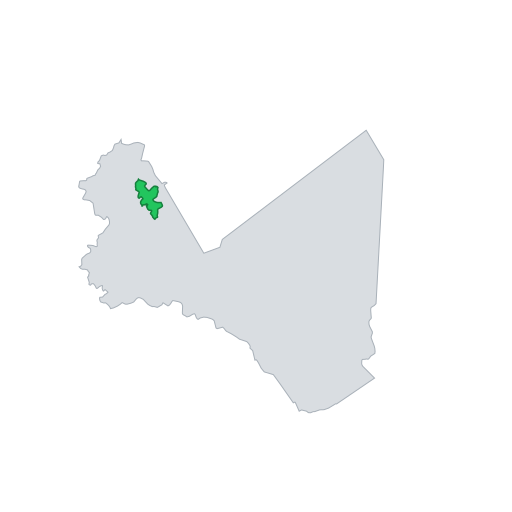 location of Diema, Kayes, Mali, rotated 60°
{"feature_id": "8926073B21360544825560", "entity_name": "Diema", "entity_type": "district", "adm_level": 2, "iso_a3": "MLI", "parent_name": "Mali", "parent_adm1": "Kayes", "projection": "orthographic", "projection_center": [-9.076, 14.667], "detail": "fine", "context": "in_parent", "style": "filled", "palette": "green", "viewbox_px": 512, "rotation_deg": 60, "n_neighbors": 0, "source": "geoboundaries", "source_scale": "gbopen_adm2", "svg_char_len": 5665}
<svg xmlns="http://www.w3.org/2000/svg" viewBox="0 0 512 512"><g transform="rotate(60 256 256)"><path d="M105.5,366.4L105.7,364.8L104.3,363.7L104.3,363.1L105.1,358.5L105.0,357.2L105.6,354.9L104.7,353.8L104.5,353.0L102.4,350.0L101.7,347.4L100.6,345.7L98.0,345.1L97.1,346.5L96.5,346.8L95.5,345.7L95.2,344.8L95.2,344.0L91.9,339.9L92.2,337.8L93.4,336.6L93.9,334.8L92.7,332.6L93.0,330.5L92.8,327.6L90.9,325.1L89.6,323.9L88.6,322.2L89.5,318.1L87.6,314.6L91.2,316.1L92.9,314.8L94.6,313.1L96.1,310.8L96.7,307.9L97.0,305.4L98.5,301.6L100.3,299.7L103.9,297.1L104.9,297.4L110.7,303.1L114.0,306.1L115.2,307.6L116.3,307.6L118.0,304.8L119.7,302.4L120.5,301.8L126.4,301.6L129.5,302.0L132.2,302.7L136.1,303.0L146.3,301.2L146.4,300.0L146.3,298.7L146.7,297.7L147.6,296.7L148.3,296.5L148.6,299.8L149.5,300.2L151.9,300.4L227.5,299.8L230.4,282.9L224.8,276.9L202.2,97.7L236.5,97.2L242.6,101.1L357.3,175.9L358.0,178.4L358.1,181.9L359.0,183.0L360.7,184.0L367.2,187.1L367.8,187.7L368.1,189.1L369.0,190.8L370.4,191.7L372.0,192.4L373.9,192.8L379.7,193.1L381.0,193.8L383.6,196.8L385.0,197.3L392.9,198.6L395.4,199.3L398.2,200.6L399.8,201.8L400.1,206.7L401.4,209.8L401.4,210.6L400.3,212.0L400.1,212.9L398.8,215.5L399.2,216.5L402.0,218.3L403.4,218.7L404.9,218.7L421.0,214.4L424.4,260.2L423.8,261.0L424.0,269.2L423.1,274.0L421.1,277.7L420.1,283.1L419.4,284.2L419.0,287.2L417.8,289.0L415.7,289.8L412.1,293.5L412.0,296.2L402.9,295.2L402.3,295.2L401.9,295.6L401.8,297.1L378.7,299.1L367.4,300.3L360.5,306.8L355.9,307.6L350.0,307.3L347.0,307.4L345.8,307.8L345.7,309.0L336.3,306.2L332.8,307.3L332.3,307.0L331.8,306.4L330.1,306.0L327.4,306.3L325.5,306.8L319.8,311.9L316.6,313.3L310.8,316.4L306.7,319.1L305.3,319.6L303.0,319.8L301.0,320.4L299.5,326.0L298.3,326.6L291.2,324.6L289.8,325.0L288.5,325.7L284.7,329.1L282.8,331.8L281.8,335.3L282.0,337.6L281.3,338.3L279.5,338.5L276.2,337.9L275.2,338.2L274.8,340.0L274.9,343.8L274.2,346.3L272.3,347.2L270.8,348.2L269.6,348.6L268.6,348.3L262.7,344.6L260.8,344.1L258.6,344.5L256.6,346.2L253.0,350.3L253.4,351.7L254.4,353.4L255.2,355.4L255.2,357.2L250.0,359.9L251.2,361.9L251.2,367.1L248.8,369.5L248.0,371.1L245.6,372.8L243.6,373.8L237.2,375.3L234.6,377.0L233.4,378.3L233.1,379.8L233.4,381.4L234.7,384.9L234.3,388.0L233.3,391.7L232.3,393.3L229.4,395.2L229.9,397.6L230.1,401.0L229.7,405.4L228.8,408.4L228.1,408.1L225.2,408.3L222.1,409.3L221.0,410.1L220.8,411.1L218.1,413.5L216.4,413.4L214.7,412.8L213.8,412.1L213.7,411.8L214.7,409.8L214.8,409.2L213.7,405.8L213.9,405.0L213.5,402.4L213.2,402.3L209.8,403.4L209.6,403.9L210.2,405.5L209.8,405.8L208.6,405.8L206.9,405.3L205.0,403.8L204.5,404.3L204.3,405.5L204.2,406.9L204.7,409.5L204.2,410.4L201.2,410.2L198.8,410.6L198.2,411.5L197.9,412.5L198.5,413.7L198.4,414.1L197.4,414.8L196.9,414.8L195.5,413.6L190.1,412.4L189.6,410.7L189.0,410.7L187.2,408.6L186.5,408.7L185.9,409.0L183.8,408.9L182.0,410.7L180.6,413.0L179.1,414.1L176.9,414.6L177.2,413.1L176.5,411.2L171.8,408.7L171.0,407.7L169.8,402.1L169.9,400.4L170.2,398.9L170.0,397.8L169.5,396.9L168.1,396.1L166.6,395.7L164.8,396.8L163.9,397.0L163.0,396.9L162.6,396.5L162.6,396.0L164.7,392.9L165.7,391.7L167.6,390.2L168.2,389.4L168.2,388.9L168.0,388.4L166.7,387.9L164.6,386.5L163.5,386.3L162.6,385.7L161.6,383.5L161.2,383.1L160.2,382.8L159.3,382.3L159.4,377.0L157.4,373.0L155.6,367.9L154.7,366.7L153.0,365.7L151.0,365.0L149.3,364.8L147.3,365.4L147.3,365.8L148.4,367.5L148.6,368.4L148.4,369.3L148.1,369.8L145.4,370.4L141.8,372.2L140.6,374.4L139.8,374.7L138.4,374.4L128.8,370.7L124.8,372.3L122.2,375.4L121.6,376.5L120.4,377.4L119.7,377.4L119.0,376.7L116.2,371.9L115.1,370.8L113.6,370.7L112.3,371.5L110.9,373.1L109.2,374.6L108.2,375.0L107.2,374.8L103.3,371.5L103.1,370.8L104.9,367.0L105.5,366.4Z" fill="#d9dde1" stroke="#a8b0b8" stroke-width="1"/><path d="M138.5,327.0L140.0,326.2L140.6,325.9L141.2,325.6L141.8,325.3L142.6,325.4L143.6,326.6L144.9,327.9L145.4,328.2L145.9,328.6L146.9,328.7L147.5,328.3L147.5,327.8L147.2,327.0L147.2,326.3L147.4,325.7L147.9,325.6L148.9,325.3L149.9,325.3L150.2,325.9L150.2,326.6L150.5,327.4L151.4,328.8L152.3,329.4L153.1,329.6L154.5,329.5L155.7,329.5L155.8,329.6L155.9,329.4L155.9,329.2L155.5,328.8L155.4,328.7L155.2,328.4L155.4,328.0L155.5,327.7L155.5,327.4L155.6,327.2L156.0,326.9L156.2,326.6L156.2,326.3L156.1,326.0L156.0,325.8L156.2,325.5L156.3,325.3L156.2,325.1L156.1,324.8L156.1,324.7L156.3,324.6L156.6,324.5L156.7,324.3L157.0,324.2L157.0,324.4L157.0,324.5L157.1,324.9L157.2,325.0L157.3,325.1L157.6,325.1L157.8,325.2L158.1,325.2L158.1,325.4L158.0,325.8L158.3,325.9L158.5,325.8L158.5,325.7L158.8,326.1L159.1,326.1L159.3,326.0L159.6,326.1L161.3,326.3L162.0,326.0L162.8,325.8L163.5,324.8L164.0,323.9L164.4,323.7L164.9,323.9L165.3,324.4L165.9,325.5L166.5,326.1L167.1,326.1L168.0,325.9L169.5,325.7L170.7,326.0L171.6,325.8L172.9,325.6L173.6,325.2L173.5,324.8L173.2,324.5L173.0,323.2L173.1,322.7L173.2,322.0L172.9,321.7L171.4,321.3L170.1,320.0L168.8,319.1L166.5,317.9L166.2,316.8L166.3,315.6L166.4,313.7L166.1,312.3L165.7,311.9L164.4,311.6L162.2,311.5L161.4,312.9L160.6,314.4L159.6,315.5L158.5,316.4L157.3,317.1L156.2,317.2L155.5,317.0L155.2,315.9L155.1,313.6L154.8,312.2L153.6,311.1L152.1,309.6L151.6,308.8L150.7,308.4L148.9,307.9L147.7,306.7L147.0,306.8L146.4,307.0L146.1,307.2L146.2,307.7L146.1,308.1L145.8,308.1L145.7,308.0L145.4,308.1L145.0,308.5L144.6,309.8L144.8,310.5L145.1,312.1L145.4,313.2L146.0,314.6L146.0,315.5L145.9,316.2L145.7,316.4L144.3,316.9L142.2,317.3L140.9,317.6L139.7,317.5L139.2,316.6L138.7,315.1L138.1,314.8L137.2,314.9L135.1,316.1L133.2,317.8L131.8,319.1L130.7,319.4L131.7,320.6L132.1,322.5L132.7,323.9L133.7,324.5L135.3,325.3L135.8,325.8L137.7,326.3L138.5,327.0Z" fill="#22c55e" stroke="#15803d" stroke-width="1.5"/></g></svg>